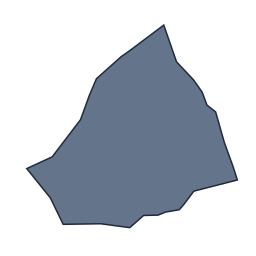 Uulbayan, Sühbaatar, Mongolia (Mercator projection), rotated 175°
{"feature_id": "93677404B28478416756495", "entity_name": "Uulbayan", "entity_type": "district", "adm_level": 2, "iso_a3": "MNG", "parent_name": "Mongolia", "parent_adm1": "Sühbaatar", "projection": "mercator", "projection_center": [112.341, 46.503], "detail": "fine", "context": "isolated", "style": "filled", "palette": "slate", "viewbox_px": 256, "rotation_deg": 175, "n_neighbors": 0, "source": "geoboundaries", "source_scale": "gbopen_adm2", "svg_char_len": 503}
<svg xmlns="http://www.w3.org/2000/svg" viewBox="0 0 256 256"><g transform="rotate(175 128 128)"><path d="M128.4,199.8L155.1,179.9L163.8,163.6L166.2,158.4L174.6,140.4L206.0,105.9L232.4,96.4L211.4,65.1L201.0,37.7L163.6,35.0L134.9,28.6L120.1,39.5L105.6,38.6L97.8,41.0L84.1,42.1L79.0,47.0L68.0,59.3L60.5,60.6L23.6,66.7L26.6,80.0L33.3,105.2L39.3,136.4L47.3,143.9L51.0,157.2L58.5,170.2L73.9,189.7L83.4,227.4L120.9,204.1L123.4,202.6L128.4,199.8Z" fill="#64748b" stroke="#1e293b" stroke-width="1.5"/></g></svg>